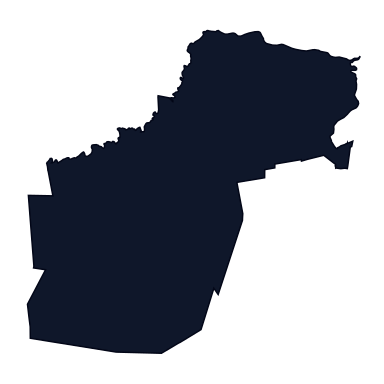 Gómez Farías, Tamaulipas, Mexico (Robinson projection), rotated 272°
{"feature_id": "50627088B86207372499551", "entity_name": "Gómez Farías", "entity_type": "district", "adm_level": 2, "iso_a3": "MEX", "parent_name": "Mexico", "parent_adm1": "Tamaulipas", "projection": "robinson", "projection_center": [-99.073, 22.992], "detail": "fine", "context": "isolated", "style": "filled", "palette": "ink", "viewbox_px": 384, "rotation_deg": 272, "n_neighbors": 0, "source": "geoboundaries", "source_scale": "gbopen_adm2", "svg_char_len": 6010}
<svg xmlns="http://www.w3.org/2000/svg" viewBox="0 0 384 384"><g transform="rotate(272 192 192)"><path d="M29.4,121.7L29.8,167.1L40.6,183.9L41.3,185.3L54.8,205.8L96.6,217.2L90.5,221.7L165.4,243.4L168.0,243.4L172.1,243.5L203.2,236.5L208.8,264.1L216.9,263.9L219.0,273.9L222.8,273.8L228.2,300.0L226.7,300.3L228.8,306.6L233.3,322.4L224.6,334.5L224.1,334.7L223.3,334.2L221.4,334.8L220.9,334.8L221.0,335.0L220.5,339.8L221.1,343.9L220.8,346.4L223.9,346.8L242.4,348.6L243.0,350.0L248.4,350.9L246.0,345.7L246.5,345.6L245.9,345.4L245.6,344.3L244.8,343.2L243.4,339.3L242.2,337.8L241.4,336.2L241.3,336.3L240.4,335.9L240.4,335.4L240.3,334.6L241.6,333.6L242.4,332.8L245.9,330.5L246.9,329.7L248.5,329.4L251.4,328.0L252.7,328.0L255.8,331.3L259.3,331.6L260.1,331.6L261.1,331.4L262.6,331.4L263.6,331.6L266.6,333.9L267.9,334.8L269.8,337.7L271.7,341.1L275.3,344.7L275.8,345.0L278.5,347.3L279.7,348.8L281.8,353.0L283.1,354.1L283.9,354.6L285.2,355.1L286.2,355.4L288.5,354.9L290.1,353.4L294.1,351.0L295.4,351.1L300.6,352.7L305.3,352.7L308.7,352.0L310.9,352.6L312.7,351.6L315.0,351.4L315.8,350.6L317.3,346.9L318.1,346.4L318.8,346.6L319.2,347.5L319.3,351.0L319.9,352.1L320.8,352.2L321.2,352.2L321.5,352.1L321.7,351.9L321.9,351.8L322.1,351.6L322.6,350.8L322.8,350.6L323.1,350.3L323.2,350.2L323.3,349.8L323.4,349.0L323.4,348.8L323.2,348.3L323.0,347.9L323.0,347.4L323.0,347.1L323.2,346.8L323.5,346.5L323.7,346.3L323.8,346.2L324.4,346.0L324.9,345.8L325.3,345.7L325.7,345.6L325.9,345.6L326.0,345.6L326.4,345.7L326.5,345.8L326.7,346.0L326.8,346.1L326.9,346.8L327.0,347.3L327.0,347.5L327.3,347.8L327.6,348.0L327.8,348.2L328.1,348.4L328.5,348.8L328.9,349.2L329.2,349.8L329.2,350.1L329.5,350.8L329.6,351.3L329.7,352.0L329.8,352.4L329.9,352.8L330.2,353.4L330.4,353.8L330.6,353.9L331.0,354.2L331.9,354.6L332.3,354.9L332.8,355.1L333.5,355.2L333.7,355.3L332.1,354.2L331.5,353.2L331.3,351.8L331.3,349.9L330.8,348.8L329.6,347.3L328.9,345.1L329.6,343.0L330.4,341.9L332.0,334.5L331.5,330.5L331.8,328.5L332.4,326.2L333.2,324.9L335.1,323.4L335.7,322.8L336.0,321.8L337.0,315.4L338.0,313.7L338.5,309.8L338.4,308.0L336.9,301.4L337.2,296.8L338.2,290.5L339.1,286.8L342.5,278.0L342.7,276.3L341.6,271.8L341.6,267.4L343.0,261.2L344.6,259.2L346.4,258.2L347.9,258.0L350.0,256.6L353.4,254.8L354.1,254.1L354.6,252.6L354.3,249.1L352.8,243.3L351.3,239.3L349.8,236.3L349.4,234.8L349.5,232.4L351.7,229.7L352.2,228.3L352.2,226.9L351.0,221.9L351.0,221.3L350.9,220.2L351.0,219.1L351.9,216.9L352.8,214.9L354.3,212.6L353.8,211.0L353.0,210.3L353.2,207.1L353.2,206.0L353.3,205.3L353.6,203.2L353.9,202.3L353.9,201.6L353.5,200.9L352.7,200.3L352.7,198.7L352.6,198.2L352.3,197.6L351.8,197.4L351.1,197.5L349.9,198.1L349.3,197.9L347.9,197.1L345.3,194.7L344.6,194.0L342.0,189.8L340.5,188.7L340.3,187.6L340.7,186.1L340.2,185.1L337.4,183.5L337.0,183.1L336.6,183.0L335.4,183.1L334.4,182.6L333.7,182.4L333.3,182.3L333.1,182.4L332.7,182.5L331.7,183.5L331.1,184.6L330.2,185.5L329.4,186.0L328.2,185.9L327.7,185.9L326.0,186.4L325.0,186.5L323.2,186.2L322.6,186.3L322.2,186.4L321.7,186.4L321.4,186.4L320.8,186.2L320.2,185.7L320.1,185.0L318.0,183.7L317.2,183.2L317.1,182.8L317.2,182.3L317.8,181.4L318.1,179.9L317.6,179.6L315.0,180.1L314.5,180.1L313.3,179.5L311.3,178.0L309.9,178.0L308.5,178.3L308.1,178.5L306.2,179.6L305.0,179.3L305.0,178.7L305.9,177.6L306.2,176.9L305.8,176.4L304.9,176.3L304.4,176.5L303.4,177.4L303.0,178.6L301.9,178.6L301.0,178.1L299.9,178.1L298.6,177.5L296.0,175.6L295.5,174.2L294.6,174.2L292.4,175.1L291.7,174.5L291.1,172.2L290.0,171.1L289.6,170.1L289.2,169.6L288.8,169.5L288.3,169.9L288.2,170.3L287.9,170.8L287.3,171.4L286.8,171.6L286.1,171.7L285.6,171.0L285.4,170.4L285.3,169.9L285.5,168.4L285.5,167.8L285.2,167.4L284.7,167.2L284.2,167.3L283.9,167.6L283.5,168.5L283.4,169.1L282.4,169.8L281.6,169.7L281.8,169.2L282.8,168.6L283.8,167.3L284.2,166.9L285.1,167.0L287.0,154.8L285.8,154.7L273.0,155.8L270.2,155.4L269.7,155.1L269.4,154.9L269.1,153.5L269.5,153.0L270.6,152.5L270.6,152.1L270.4,151.6L270.0,151.3L269.6,150.8L268.4,150.4L267.6,150.3L267.2,151.2L266.2,151.7L265.7,151.7L265.4,151.5L264.7,150.3L264.2,149.8L263.3,150.6L262.5,150.2L262.5,149.4L262.0,148.7L260.2,147.6L259.8,146.8L259.5,144.6L259.1,144.0L258.5,143.5L256.9,142.7L255.3,142.0L254.6,142.2L252.8,142.4L250.9,142.2L250.6,142.0L250.5,140.5L250.1,138.9L250.2,138.5L250.6,138.6L251.3,139.1L253.5,138.2L254.8,137.7L254.8,137.2L253.7,135.4L253.4,135.0L251.7,133.8L251.6,133.2L252.4,132.8L252.9,132.4L252.8,132.1L252.6,131.4L253.7,130.4L253.7,129.5L253.6,129.0L252.9,127.9L253.0,127.5L253.7,127.1L253.6,126.8L253.5,126.3L252.5,125.7L252.2,125.0L251.8,123.7L252.5,123.2L252.9,122.5L253.1,121.3L253.4,120.4L253.2,120.1L252.9,119.0L253.2,118.4L253.5,117.2L253.1,115.9L252.5,115.3L251.8,115.4L250.6,116.8L249.1,117.5L246.4,118.1L244.2,118.0L243.8,117.8L243.7,117.5L243.8,116.9L243.2,116.3L242.4,116.4L241.8,116.7L240.9,117.0L240.4,117.0L238.9,115.9L238.3,114.9L237.7,114.7L237.5,114.2L238.1,113.5L239.4,112.5L239.7,111.9L239.7,110.9L238.8,110.2L238.6,109.5L238.9,109.0L239.2,107.9L239.4,106.6L239.2,105.3L237.6,104.1L237.3,102.5L236.9,102.4L236.4,102.5L235.5,103.1L233.6,102.9L232.5,102.1L232.9,101.0L234.1,99.8L234.6,97.3L235.3,96.9L236.0,94.7L235.6,91.4L235.2,90.4L234.2,90.0L232.9,90.0L230.9,91.0L228.2,90.7L226.5,89.7L224.8,87.6L224.1,86.5L223.9,85.7L224.3,83.9L226.7,83.3L227.9,82.6L228.2,82.1L227.8,81.5L226.7,80.1L225.7,79.2L225.3,78.8L224.5,78.1L223.7,77.2L223.0,76.0L222.3,75.3L222.0,74.8L221.8,74.0L222.1,73.5L222.0,72.8L221.7,72.2L221.3,71.0L220.5,70.0L220.7,69.0L220.7,68.0L221.9,67.7L221.9,66.6L221.6,65.6L220.9,64.4L220.6,63.8L220.1,62.2L219.0,60.9L217.8,59.2L217.0,57.9L216.4,57.4L216.4,56.9L218.8,55.8L219.4,55.0L219.0,54.3L217.2,53.4L216.8,52.6L216.3,51.4L216.3,50.5L217.4,51.5L218.2,51.5L220.2,51.0L220.7,50.4L220.5,49.1L218.9,48.3L217.0,46.8L216.6,46.2L215.5,45.8L215.4,45.9L214.1,46.2L212.3,46.7L208.3,47.3L208.2,47.4L207.2,47.7L183.3,53.1L182.9,28.6L112.2,36.6L110.6,36.3L109.2,48.4L74.1,31.5L60.8,33.5L51.6,35.0L40.2,35.5L29.4,121.7Z" fill="#0f172a" stroke="#020617" stroke-width="1.5"/></g></svg>